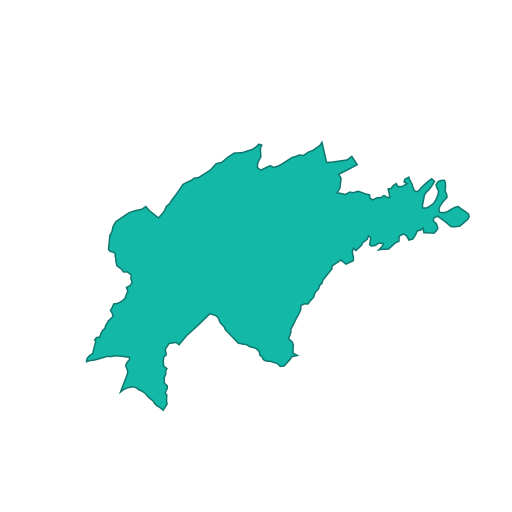 Catuípe, Rio Grande do Sul, Brazil, rotated 236°
{"feature_id": "56859067B31230099072742", "entity_name": "Catuípe", "entity_type": "district", "adm_level": 2, "iso_a3": "BRA", "parent_name": "Brazil", "parent_adm1": "Rio Grande do Sul", "projection": "equal_earth", "projection_center": [-54.059, -28.176], "detail": "fine", "context": "isolated", "style": "filled", "palette": "teal", "viewbox_px": 512, "rotation_deg": 236, "n_neighbors": 0, "source": "geoboundaries", "source_scale": "gbopen_adm2", "svg_char_len": 4106}
<svg xmlns="http://www.w3.org/2000/svg" viewBox="0 0 512 512"><g transform="rotate(236 256 256)"><path d="M358.7,192.3L358.5,187.7L361.2,181.1L362.9,174.4L362.8,159.1L360.6,154.3L356.6,150.0L354.8,146.4L344.0,137.4L341.5,137.6L338.7,140.1L336.5,140.6L334.4,139.1L332.1,138.3L329.8,136.8L325.8,135.2L320.3,137.1L316.9,137.2L314.8,140.4L310.1,142.0L307.2,139.6L303.5,138.6L301.9,135.4L302.3,130.9L298.4,130.1L296.2,126.4L294.0,123.6L293.6,119.1L294.0,115.0L295.8,111.3L293.7,108.0L292.3,104.9L289.1,104.8L285.9,103.8L285.2,100.4L284.8,97.4L283.5,94.8L282.3,92.2L280.5,90.4L280.0,87.1L278.4,84.0L276.1,81.2L277.5,78.4L276.8,75.5L274.4,75.1L272.3,72.5L269.5,69.4L266.5,66.1L266.5,62.5L265.6,58.8L263.2,56.4L262.0,60.1L260.2,63.6L258.6,68.3L256.9,73.6L256.0,76.6L254.1,78.9L251.7,83.9L249.9,86.2L247.3,89.4L242.7,94.5L240.7,92.9L240.0,89.8L238.2,86.8L235.8,86.1L232.5,85.4L230.3,83.6L228.6,81.3L219.0,67.6L219.3,71.1L218.8,75.3L216.4,80.9L213.7,83.1L210.0,84.3L207.5,86.0L204.2,87.3L200.9,87.6L197.4,88.3L193.5,89.6L190.0,89.5L187.3,90.1L184.1,91.6L180.0,92.8L183.0,99.5L186.2,101.0L190.6,104.3L193.3,104.1L195.8,108.3L197.9,109.8L202.0,109.0L204.3,110.6L206.4,111.7L208.8,115.5L211.1,116.6L212.5,119.2L216.3,117.9L220.5,120.2L223.7,122.8L224.3,126.4L229.3,128.5L232.1,135.0L229.0,141.5L225.5,142.5L228.8,154.0L230.9,168.7L233.9,185.5L229.3,189.2L226.5,190.2L220.7,189.0L214.7,190.0L212.2,189.4L193.6,192.6L190.1,196.0L188.0,198.5L184.6,199.9L179.6,204.2L175.1,205.3L171.6,203.8L169.3,204.6L165.9,204.2L163.7,205.3L160.4,209.2L154.9,213.6L150.9,214.4L149.1,217.7L151.2,226.5L152.5,229.3L150.4,234.7L154.9,232.3L161.6,237.3L164.5,238.0L169.2,236.7L171.8,240.3L173.4,242.4L175.6,243.7L179.1,250.2L181.6,254.2L183.4,258.0L186.8,263.4L190.0,265.5L189.2,269.4L187.2,272.2L188.5,275.8L189.6,280.8L192.6,284.3L193.8,289.5L196.0,292.2L196.5,295.5L198.5,297.7L202.9,311.7L205.3,313.5L205.2,317.5L205.3,324.0L198.9,326.1L197.7,334.1L200.4,336.0L205.6,338.1L207.9,341.1L204.6,342.0L205.9,349.5L207.3,351.8L207.7,357.7L209.8,360.4L207.1,361.5L201.8,356.5L199.7,357.3L198.0,360.9L198.0,365.3L195.1,368.4L193.5,366.4L192.4,361.2L191.3,363.8L187.6,369.8L189.0,379.0L188.3,382.7L192.4,385.8L191.9,390.5L188.7,392.1L183.6,391.7L182.4,395.7L184.5,400.4L186.6,403.5L185.4,407.1L185.7,410.1L181.5,408.2L175.4,416.4L176.1,419.5L177.3,422.3L181.7,423.6L186.2,422.6L188.1,424.8L187.6,428.7L178.7,432.1L171.4,434.0L169.1,437.0L166.8,441.7L167.3,446.7L168.0,452.0L169.4,454.7L171.9,455.6L175.8,454.4L179.6,452.8L183.9,451.3L185.0,448.7L185.4,445.8L185.6,442.8L185.8,438.7L187.2,435.5L189.5,432.6L192.5,433.7L194.5,436.5L196.3,441.0L197.9,447.3L200.5,448.5L204.0,449.1L207.9,452.2L210.9,454.0L213.4,454.5L215.1,451.9L215.8,448.8L214.4,445.1L211.3,444.1L208.0,443.8L205.6,441.7L203.6,439.1L201.8,436.3L200.2,432.3L200.1,427.1L200.6,423.9L202.5,421.1L204.8,422.2L209.4,426.8L212.3,429.7L213.6,432.6L214.1,435.7L215.3,439.7L218.0,445.7L221.8,444.9L221.6,440.1L220.9,434.9L220.2,431.1L219.1,427.9L219.6,424.9L222.1,423.8L224.5,424.4L228.8,425.6L232.5,425.9L235.9,426.8L236.3,422.2L234.5,420.2L231.5,421.7L231.8,416.1L234.2,412.4L237.6,412.8L237.6,409.0L236.5,405.7L237.7,403.0L233.3,401.4L229.7,399.7L231.3,397.4L234.6,396.0L234.4,392.8L236.7,388.5L237.1,384.3L239.9,382.8L243.3,384.3L245.6,382.0L250.4,378.5L252.6,376.9L254.0,372.1L256.5,369.5L257.1,364.3L260.3,361.5L263.0,358.4L265.3,363.5L272.9,370.0L277.5,370.2L276.2,380.1L275.1,391.0L285.0,391.1L284.7,385.2L291.1,371.9L294.0,366.8L313.4,374.3L312.0,371.2L311.7,362.7L312.8,357.6L312.8,351.6L315.6,348.2L316.4,344.0L317.5,341.1L317.8,328.4L318.1,324.8L319.5,320.3L323.0,318.2L324.5,307.9L328.7,306.6L331.9,309.2L333.6,311.9L335.7,315.7L341.2,318.8L343.3,320.4L344.7,322.8L347.1,320.9L346.4,317.0L346.4,312.5L347.9,307.6L349.1,303.0L351.8,298.2L353.5,295.5L353.5,292.5L353.6,287.3L352.7,280.1L354.8,274.6L352.8,266.5L352.8,261.8L353.0,257.3L353.1,252.3L355.1,248.2L354.9,244.7L355.7,240.0L356.2,235.5L354.7,232.0L351.9,224.8L349.5,217.7L347.6,213.4L347.3,209.4L344.2,204.7L342.1,196.4L350.4,193.8L353.6,192.9L358.7,192.3Z" fill="#14b8a6" stroke="#0f766e" stroke-width="1.5"/></g></svg>